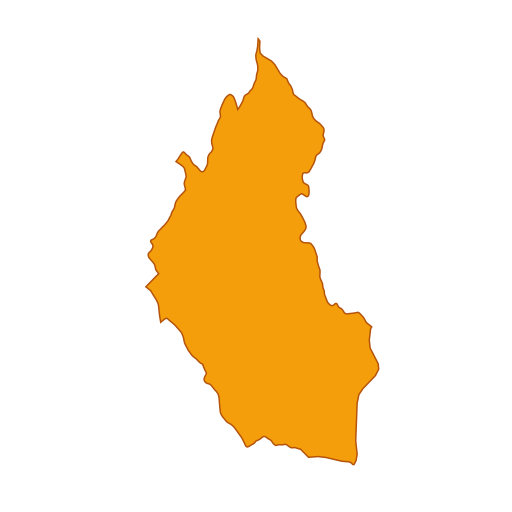 the District of Jablanicki, rotated 265°
{"feature_id": "SRB-843", "entity_name": "Jablanicki", "entity_type": "District", "adm_level": 1, "iso_a3": "SRB", "parent_name": "Republic of Serbia", "parent_adm1": "", "projection": "robinson", "projection_center": [22.002, 42.918], "detail": "fine", "context": "isolated", "style": "filled", "palette": "amber", "viewbox_px": 512, "rotation_deg": 265, "n_neighbors": 0, "source": "natural_earth", "source_scale": "10m", "svg_char_len": 6106}
<svg xmlns="http://www.w3.org/2000/svg" viewBox="0 0 512 512"><g transform="rotate(265 256 256)"><path d="M472.3,277.1L472.2,277.2L469.6,278.6L463.0,277.7L457.9,277.8L454.6,280.4L448.8,288.5L444.9,291.5L435.5,296.1L432.3,298.8L430.0,302.1L425.8,303.4L425.0,303.8L422.9,305.2L421.2,305.9L418.6,306.7L414.5,307.3L413.9,307.5L413.1,308.1L411.5,310.0L409.5,312.0L408.1,313.7L406.1,316.6L405.1,317.6L404.2,318.4L400.2,320.5L398.4,322.2L397.5,322.9L396.4,323.4L395.2,323.8L394.0,324.0L390.5,324.5L388.8,325.1L387.7,325.7L386.8,326.3L384.8,328.1L382.4,331.0L378.4,334.0L377.8,334.3L376.7,334.7L375.5,334.7L374.4,334.6L373.4,334.3L371.7,333.7L370.5,333.4L369.6,333.4L368.9,333.6L366.7,334.4L366.0,334.5L365.4,334.4L364.5,333.9L363.0,332.9L361.5,332.2L357.3,331.0L356.4,330.6L354.6,329.5L353.3,328.4L352.8,327.8L351.4,325.4L350.6,324.7L350.0,324.3L349.2,324.0L346.3,323.1L343.0,321.5L336.2,316.9L335.0,315.8L334.7,315.2L334.5,314.5L334.4,313.8L334.7,311.3L334.5,310.4L333.9,309.8L333.2,309.5L332.4,309.2L331.0,309.0L329.5,308.9L328.1,309.0L326.6,309.2L325.9,309.4L325.2,309.7L324.4,310.3L322.2,313.5L321.4,314.2L320.8,314.4L319.5,314.6L315.8,314.5L314.3,314.3L312.9,314.1L312.1,313.8L311.5,313.4L310.9,312.8L310.7,312.2L310.7,311.8L311.1,310.9L313.3,308.2L313.8,307.3L313.9,306.7L313.8,306.0L313.4,305.2L311.1,301.7L310.4,301.1L309.8,300.8L309.0,300.6L306.4,300.3L302.2,300.4L300.8,300.5L299.5,300.8L297.3,301.8L294.6,303.7L293.8,304.1L290.6,305.6L285.5,307.6L281.8,308.4L280.8,308.4L279.9,308.3L279.1,308.0L278.1,307.4L276.3,306.0L273.4,302.9L272.4,302.2L271.6,301.9L270.7,301.6L269.7,301.5L268.6,301.5L267.8,301.7L267.2,302.0L266.5,302.6L265.5,304.0L265.2,304.7L264.9,305.8L264.5,309.6L264.2,310.7L263.6,311.7L262.7,312.4L260.2,314.0L258.1,314.9L249.6,316.9L246.8,316.5L244.4,316.7L240.3,317.5L237.3,318.3L236.5,318.5L233.8,318.3L230.1,317.8L229.0,317.9L227.6,318.2L224.1,319.4L222.6,319.8L221.6,319.9L220.1,319.9L219.1,319.9L215.2,320.9L214.2,320.9L212.7,320.9L211.7,320.9L211.0,321.1L204.5,323.0L203.7,323.3L202.7,323.9L201.0,325.4L200.4,326.1L200.0,326.9L199.9,327.8L200.1,328.5L200.4,329.1L201.6,330.7L201.8,331.5L201.5,332.2L201.0,332.6L198.7,333.5L198.1,333.9L197.4,334.5L196.3,336.1L195.5,337.0L194.6,337.6L192.1,338.9L191.5,339.3L191.1,339.8L190.6,340.7L190.4,341.8L190.5,345.2L190.6,348.8L191.0,352.3L190.8,353.0L190.5,353.6L189.4,354.7L185.7,357.5L184.5,358.2L181.4,359.5L180.3,360.1L179.2,361.0L175.3,365.1L173.3,363.8L162.2,361.5L154.2,361.7L138.1,368.3L132.7,368.4L126.5,364.6L114.6,351.0L108.9,346.4L100.5,343.9L63.1,339.2L49.7,339.5L43.4,337.8L39.7,335.5L39.9,334.2L41.7,332.8L42.9,330.5L44.1,323.5L49.2,308.1L50.8,300.4L50.9,290.8L59.8,283.4L59.9,282.6L61.6,278.5L61.8,277.5L61.8,275.1L62.0,274.3L62.6,273.2L65.2,270.1L65.8,269.1L65.9,268.2L65.6,266.4L65.6,265.5L66.0,262.7L66.0,261.8L65.6,260.0L65.6,259.4L65.8,258.8L66.4,258.0L67.5,257.0L68.7,256.2L70.4,255.3L71.0,254.9L71.5,254.3L72.5,252.8L73.1,252.0L75.0,249.8L75.3,249.3L75.5,248.4L75.4,247.5L75.0,246.6L73.1,243.8L72.7,242.9L71.9,240.4L71.6,239.8L69.8,238.1L69.3,237.3L68.1,234.6L66.9,232.3L66.6,231.3L66.6,230.6L66.7,230.1L67.2,229.6L67.8,229.2L72.6,227.4L75.9,226.1L85.6,220.4L87.6,219.1L89.7,217.2L90.6,216.2L92.6,213.3L93.4,212.5L94.3,211.7L98.2,209.1L99.1,208.5L100.8,207.7L102.3,207.1L103.7,206.9L105.2,206.8L117.6,206.8L119.1,206.7L120.6,206.5L122.3,206.0L123.4,205.4L126.7,203.0L129.9,200.9L131.2,200.0L131.8,199.4L132.3,198.8L133.4,196.2L133.8,195.5L134.3,194.9L134.9,194.4L136.2,193.7L136.9,193.6L137.9,193.5L138.5,193.7L140.1,194.4L142.6,196.0L143.2,196.2L143.7,196.3L144.3,196.2L145.0,196.0L146.5,195.3L149.5,194.3L153.0,193.3L153.5,192.3L154.8,190.7L156.4,189.3L158.6,187.6L160.9,185.1L162.4,183.7L163.5,183.0L167.8,180.4L172.1,178.6L174.6,177.6L176.6,177.1L180.3,176.7L181.6,176.5L185.7,175.3L186.9,174.6L194.0,169.4L196.5,167.1L198.9,164.6L201.4,162.3L201.7,161.4L201.7,160.9L201.4,160.0L200.3,158.2L198.3,155.3L204.5,154.8L207.4,154.7L214.5,154.6L217.1,154.3L219.7,153.4L222.2,152.3L225.2,150.7L230.5,148.1L234.9,143.6L246.9,157.5L251.0,155.0L253.9,154.6L255.4,154.4L256.7,154.0L257.8,153.4L258.7,152.8L262.8,149.8L263.8,149.2L265.5,148.7L266.5,148.7L267.2,148.8L267.9,149.1L268.7,149.8L270.3,151.8L270.9,152.3L272.5,153.3L273.3,153.8L274.2,154.1L275.3,154.2L276.0,154.1L276.8,153.8L278.7,152.7L279.6,152.4L280.2,152.4L280.6,152.6L281.1,153.1L282.0,155.7L282.9,156.8L283.7,157.7L284.7,158.4L287.3,159.6L288.2,160.2L289.0,160.8L289.7,161.5L291.1,163.3L292.9,165.2L294.8,167.6L298.2,170.9L299.0,171.6L301.4,173.0L303.3,174.4L304.1,174.8L306.7,175.9L307.5,176.4L309.4,177.8L310.7,178.7L312.3,179.3L315.5,180.2L316.3,180.6L317.4,181.2L319.4,182.7L321.4,184.5L322.3,185.4L325.7,189.4L327.8,191.5L330.1,191.4L332.8,190.9L334.0,190.8L335.2,190.9L337.8,191.9L339.7,192.8L340.7,193.2L341.8,193.4L342.9,193.3L349.1,192.4L349.9,192.1L350.7,191.7L351.7,190.9L354.2,188.1L357.0,184.5L359.4,186.8L361.7,188.5L365.5,191.6L365.9,192.3L366.0,192.7L365.8,193.1L365.4,193.6L362.8,195.7L361.1,197.7L360.3,198.4L359.6,198.7L356.8,199.6L355.8,200.0L353.3,201.3L352.7,201.8L351.9,202.5L351.1,203.7L350.3,204.6L345.3,208.2L344.8,209.0L344.6,209.8L344.7,210.7L345.2,211.6L346.0,212.3L350.0,214.8L351.0,215.3L352.8,215.9L357.3,216.4L358.6,216.7L360.1,217.4L361.1,218.0L362.0,218.7L363.7,220.7L365.0,221.6L366.0,222.1L367.0,222.5L368.0,222.5L371.6,221.8L373.1,221.8L374.5,221.8L375.9,222.0L377.4,222.5L381.0,224.0L388.3,227.3L391.1,228.8L394.3,230.4L396.4,232.0L397.3,232.5L398.3,232.8L402.0,232.7L403.1,232.7L404.2,233.0L405.2,233.3L409.7,235.5L414.9,238.5L416.7,240.0L417.7,241.2L418.8,242.9L419.1,243.8L419.1,244.7L418.6,245.5L417.9,246.3L417.0,247.1L416.0,247.7L414.2,248.3L410.0,249.4L403.5,250.6L406.3,252.9L410.2,255.5L411.2,256.1L412.4,256.7L414.7,257.6L416.1,258.3L416.6,258.7L417.2,259.4L418.5,262.1L419.0,262.9L420.9,264.4L422.3,266.1L423.7,267.3L425.8,268.3L428.4,269.4L431.1,271.1L432.7,271.7L436.1,272.3L437.2,272.6L440.2,273.8L441.5,274.0L442.9,274.2L445.7,274.2L447.1,274.1L451.4,273.3L454.3,273.2L455.8,273.3L457.2,273.6L460.1,274.7L461.5,275.1L464.2,275.8L472.3,277.1Z" fill="#f59e0b" stroke="#b45309" stroke-width="1.5"/></g></svg>